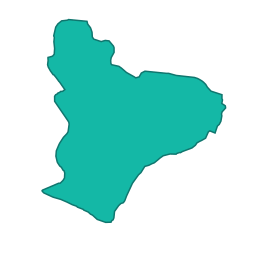 Santa Rosa de Lima, Santa Rosa, Guatemala (Albers equal-area conic projection), rotated 281°
{"feature_id": "79465075B80857552483649", "entity_name": "Santa Rosa de Lima", "entity_type": "district", "adm_level": 2, "iso_a3": "GTM", "parent_name": "Guatemala", "parent_adm1": "Santa Rosa", "projection": "albers", "projection_center": [-90.338, 14.435], "detail": "fine", "context": "isolated", "style": "filled", "palette": "teal", "viewbox_px": 256, "rotation_deg": 281, "n_neighbors": 0, "source": "geoboundaries", "source_scale": "gbopen_adm2", "svg_char_len": 1934}
<svg xmlns="http://www.w3.org/2000/svg" viewBox="0 0 256 256"><g transform="rotate(281 128 128)"><path d="M32.3,129.3L34.1,129.8L35.0,130.9L37.1,131.3L43.5,130.7L50.0,133.6L52.5,135.4L53.1,136.5L53.8,137.7L56.0,138.7L61.2,139.6L74.6,142.9L84.0,147.2L86.7,149.2L93.5,151.8L95.4,155.6L97.6,158.4L98.0,159.1L98.9,160.5L102.9,163.8L104.8,165.3L107.5,167.9L109.6,172.3L110.5,174.2L111.5,180.2L112.4,180.9L113.7,183.2L113.8,184.2L115.3,185.9L120.7,194.7L124.0,197.5L126.5,198.5L128.5,200.8L129.8,202.6L132.8,206.1L139.4,207.6L140.8,208.8L139.7,214.4L147.0,215.4L149.0,216.9L152.4,217.9L157.8,217.8L159.7,217.1L161.8,217.3L166.3,220.0L168.3,219.3L170.0,215.4L173.6,215.4L174.8,214.6L178.6,213.9L180.0,202.5L183.2,198.1L185.5,196.1L187.3,193.5L188.3,191.6L189.2,189.1L189.9,186.8L190.3,183.6L188.8,165.3L189.4,157.4L189.0,155.4L187.0,133.8L184.5,130.6L180.3,129.2L178.7,126.0L179.4,124.4L182.2,115.9L185.6,110.0L186.8,107.3L187.0,99.9L188.0,98.9L191.1,98.1L193.9,98.1L199.6,99.9L204.1,99.0L205.6,98.1L209.9,92.8L209.6,88.9L207.7,85.2L208.7,77.4L210.6,75.6L215.2,74.4L218.5,72.5L219.3,72.0L222.3,68.6L224.9,67.4L223.1,48.9L222.3,48.0L220.5,42.4L216.8,39.3L213.2,37.8L204.3,37.5L202.8,38.4L198.5,38.8L192.0,40.8L186.3,41.5L184.1,40.2L182.9,37.9L182.0,36.0L180.8,36.2L179.1,36.7L174.8,37.0L172.6,38.1L169.3,40.9L166.1,44.3L166.1,45.0L163.9,47.7L161.6,50.2L160.6,51.2L160.2,51.9L153.6,58.7L151.5,56.8L151.0,54.8L150.2,54.4L148.7,52.3L148.1,52.2L146.8,50.6L145.1,49.9L140.2,50.9L124.0,67.3L122.4,68.8L120.4,69.5L112.9,69.9L110.9,69.2L106.5,66.4L100.0,63.8L98.1,63.3L91.9,62.0L86.6,62.6L81.4,64.9L80.6,65.4L77.7,68.2L76.7,70.1L74.1,72.4L73.8,73.4L71.7,74.5L66.8,75.2L64.1,74.2L60.9,72.0L60.6,70.5L50.7,55.9L49.9,55.6L49.1,56.5L48.2,57.8L45.8,67.7L45.1,75.6L43.6,82.4L42.1,87.9L41.4,92.5L40.7,93.4L39.6,99.5L39.0,100.2L37.9,105.0L36.3,107.6L35.7,109.8L32.4,115.2L31.1,124.1L32.3,129.3Z" fill="#14b8a6" stroke="#0f766e" stroke-width="1.5"/></g></svg>